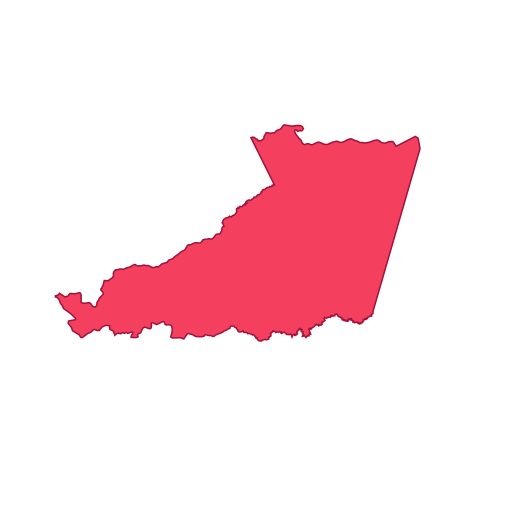 Canutama, Amazonas, Brazil (Robinson projection), rotated 63°
{"feature_id": "56859067B47239543659511", "entity_name": "Canutama", "entity_type": "district", "adm_level": 2, "iso_a3": "BRA", "parent_name": "Brazil", "parent_adm1": "Amazonas", "projection": "robinson", "projection_center": [-63.96, -7.456], "detail": "fine", "context": "isolated", "style": "filled", "palette": "rose", "viewbox_px": 512, "rotation_deg": 63, "n_neighbors": 0, "source": "geoboundaries", "source_scale": "gbopen_adm2", "svg_char_len": 6157}
<svg xmlns="http://www.w3.org/2000/svg" viewBox="0 0 512 512"><g transform="rotate(63 256 256)"><path d="M308.0,328.0L308.8,320.5L308.3,318.7L308.7,315.9L308.3,313.9L308.7,312.3L307.3,310.9L307.2,309.6L308.6,307.4L309.6,307.4L311.0,306.3L312.5,306.2L313.0,305.8L314.6,306.2L315.6,305.7L316.4,305.0L316.9,303.3L316.9,301.5L318.5,301.6L320.0,298.9L321.4,298.7L322.2,296.9L324.1,295.2L324.8,295.0L325.2,293.7L327.5,293.3L328.9,293.4L329.1,293.1L328.7,292.8L329.4,292.1L329.5,292.6L330.5,292.7L332.5,292.2L334.1,290.1L333.8,289.6L334.2,289.2L333.9,288.4L334.3,286.1L335.3,285.0L335.8,282.4L334.2,281.7L334.5,280.8L334.3,280.5L334.1,280.7L334.1,279.1L332.8,278.3L331.5,278.3L331.5,276.8L330.5,275.4L331.1,275.2L330.9,274.5L332.1,273.2L333.1,273.3L333.3,271.1L334.1,270.6L333.9,269.7L334.3,269.1L336.6,268.5L336.6,268.0L335.9,267.7L336.4,267.4L336.8,265.3L339.8,264.3L341.3,261.9L341.1,260.8L341.9,260.3L344.6,260.7L343.0,258.7L343.1,257.5L344.3,257.5L344.6,257.0L344.5,256.6L343.7,256.6L344.6,255.6L344.5,255.0L343.9,254.2L342.6,254.3L342.0,253.7L342.1,253.3L341.7,253.3L341.2,252.0L341.4,251.1L341.1,251.3L340.2,250.0L342.6,248.5L343.0,249.5L343.9,250.0L344.9,248.7L345.7,249.6L346.1,249.2L346.8,249.3L348.6,251.2L348.9,250.2L348.6,249.1L351.3,248.6L351.1,248.0L350.6,247.9L351.1,245.1L350.3,245.5L350.2,245.1L350.4,242.7L349.1,243.0L349.3,242.6L346.6,242.3L344.7,241.6L344.9,240.5L346.0,240.6L346.2,240.1L345.5,238.6L345.2,235.6L344.3,234.8L345.0,233.1L344.6,233.0L345.9,232.0L345.7,231.6L346.6,231.8L346.4,230.7L346.8,230.7L346.7,229.8L347.2,229.0L346.9,228.1L345.1,227.6L345.4,226.9L344.9,226.8L344.9,223.8L342.5,223.7L341.9,222.8L343.4,221.7L343.3,219.6L344.4,217.6L343.9,216.7L343.3,216.6L343.4,215.6L344.1,214.6L344.3,215.0L344.8,214.0L344.6,213.1L344.9,212.8L344.2,212.5L344.0,211.7L344.2,210.7L345.4,209.9L346.2,210.4L348.0,209.6L349.6,207.8L350.0,208.2L350.8,207.4L351.8,208.2L352.4,206.9L352.8,206.5L353.1,206.9L353.5,205.6L353.9,205.3L354.0,206.2L355.8,204.0L355.1,203.4L355.5,203.0L354.1,202.5L354.2,202.1L354.9,201.8L354.5,201.0L354.8,200.4L355.6,200.5L355.3,199.5L356.2,199.6L356.3,200.3L358.0,198.8L358.8,199.6L359.3,198.6L359.8,198.9L360.2,198.5L361.0,195.7L361.3,195.4L362.1,195.6L362.0,195.2L363.2,195.0L363.6,194.5L362.8,194.1L363.6,193.2L363.2,193.0L363.2,192.3L363.8,191.4L362.6,190.5L362.7,189.5L361.7,189.5L361.9,187.9L361.2,187.6L361.4,187.2L362.4,186.8L362.3,185.4L361.8,185.7L361.3,184.9L361.6,182.3L361.1,181.8L362.0,180.6L361.9,180.1L360.8,180.0L360.3,179.5L360.5,178.6L360.0,178.2L360.2,177.8L358.7,177.1L234.8,61.1L224.6,58.1L221.8,59.7L221.9,81.4L217.0,81.8L215.7,82.7L214.5,85.8L214.1,89.5L213.4,90.9L211.6,92.9L209.1,94.0L207.4,95.7L206.6,98.9L206.1,103.5L204.6,108.1L203.7,109.0L201.9,112.1L199.9,113.3L198.1,115.4L195.1,117.6L194.5,118.6L193.9,121.8L194.1,125.6L193.6,128.3L192.6,129.9L190.5,131.7L190.1,132.6L190.1,133.9L189.3,136.0L189.1,141.1L188.8,142.3L187.6,144.3L183.3,148.0L182.6,149.5L182.4,155.2L181.8,156.6L179.8,158.1L179.1,159.7L178.9,162.2L176.9,163.4L175.6,163.6L173.6,163.2L170.1,164.4L165.6,165.2L162.4,165.0L161.5,164.1L161.9,162.9L163.9,162.3L164.0,160.3L165.2,158.8L165.0,157.4L164.0,155.9L161.8,156.0L160.2,156.9L158.7,159.3L156.6,165.0L151.9,171.4L152.0,172.5L154.1,176.5L153.5,180.8L154.6,183.4L153.3,187.1L150.7,191.0L151.4,191.7L152.9,194.4L155.0,195.8L155.5,199.2L154.4,201.8L152.4,202.0L151.5,203.0L149.9,203.5L148.8,204.5L148.2,206.8L201.0,207.3L200.3,209.1L200.9,209.4L200.5,209.8L201.2,210.7L200.3,212.2L200.8,213.0L200.0,215.0L200.7,218.3L200.0,219.5L200.4,220.7L201.6,221.7L201.3,222.3L202.3,223.3L202.9,224.9L202.2,226.5L203.4,229.5L202.6,231.0L203.4,232.1L203.9,235.9L202.9,236.7L202.6,238.7L203.1,239.2L203.3,240.6L203.8,240.8L204.6,240.1L204.4,242.0L205.3,241.6L205.6,242.5L204.7,244.3L205.7,245.5L205.7,246.3L204.4,247.7L205.1,249.1L204.9,249.4L205.4,249.3L205.6,250.1L205.0,250.5L204.9,251.5L206.2,252.6L207.7,252.8L209.6,256.0L209.4,258.8L210.0,260.4L208.5,261.5L209.0,263.5L208.4,265.9L208.9,268.5L210.6,270.2L211.0,271.1L212.3,270.8L215.0,271.0L214.8,271.8L215.3,273.3L218.1,275.2L219.8,278.1L219.7,279.0L218.8,280.5L218.7,282.0L220.6,285.8L220.7,287.6L220.4,288.6L219.2,290.2L218.8,292.3L218.0,293.5L217.5,296.0L218.8,298.3L219.0,300.1L216.5,304.1L216.3,309.2L215.3,311.2L215.6,312.5L218.2,316.6L218.4,322.0L218.9,323.0L219.7,328.9L220.6,331.4L220.1,335.8L221.3,338.3L220.3,343.2L221.2,346.9L221.1,348.4L220.4,349.1L219.8,352.5L218.9,353.8L215.7,356.2L214.6,358.3L213.1,360.1L212.6,362.7L211.0,366.2L208.8,367.5L208.3,368.4L208.5,374.0L207.8,376.4L207.8,378.9L207.6,380.3L205.8,382.9L205.4,385.5L204.6,387.3L205.2,389.3L206.5,390.9L208.9,392.0L210.1,393.5L210.8,398.7L210.6,399.8L208.9,402.3L212.3,405.2L214.7,408.3L215.0,409.3L215.8,409.7L219.2,408.7L220.8,409.7L222.4,414.6L223.7,416.1L225.1,418.7L226.8,419.7L228.2,421.3L228.5,422.3L227.4,423.9L226.1,424.5L223.4,424.8L221.8,425.8L220.4,429.9L219.4,431.7L218.0,432.9L211.3,429.5L209.4,429.3L208.6,429.7L207.4,434.8L205.2,438.1L205.0,439.1L206.3,441.8L205.7,444.8L200.0,448.0L201.0,449.8L200.4,452.9L201.5,453.3L202.7,452.0L205.5,451.3L209.7,451.7L212.5,451.0L215.3,451.4L222.8,447.5L229.2,445.2L230.1,445.3L230.8,445.9L228.9,451.8L229.0,452.8L230.6,453.9L235.8,452.9L239.4,453.4L246.0,449.3L248.9,449.1L249.6,448.4L249.8,447.3L248.6,441.2L249.0,438.1L247.9,434.2L248.2,433.2L250.4,431.3L251.2,429.3L249.4,425.6L249.6,421.3L251.7,418.0L253.2,419.0L255.1,419.5L258.2,417.2L262.6,417.8L261.8,415.1L262.1,414.1L263.9,411.7L263.6,410.7L263.9,409.7L265.2,408.3L265.2,406.3L266.8,405.2L267.3,401.1L268.0,400.5L268.9,400.7L269.5,401.4L269.7,402.4L271.0,403.9L271.9,404.2L274.3,399.8L274.5,397.7L272.7,397.4L271.9,396.6L272.1,393.5L269.1,390.0L268.7,388.5L268.8,387.4L272.5,384.0L272.7,382.6L272.1,381.8L271.0,380.9L268.3,379.9L268.4,378.5L272.0,375.7L272.1,368.4L273.5,367.6L275.9,368.1L276.6,367.3L277.7,364.7L279.1,363.3L280.4,363.0L283.1,363.8L285.5,365.2L289.4,368.7L290.5,368.2L291.4,367.1L294.4,360.6L297.1,358.0L294.2,352.6L294.4,351.4L297.1,348.4L300.4,346.2L303.1,341.5L303.9,338.9L303.2,337.7L303.4,336.4L305.3,334.4L306.6,332.0L308.0,331.2L308.6,329.7L308.0,328.0Z" fill="#f43f5e" stroke="#9f1239" stroke-width="1.5"/></g></svg>